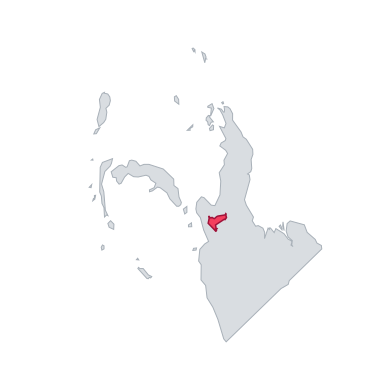 Markham District, Morobe, Papua New Guinea shown in context, rotated 226°
{"feature_id": "67681753B75894454378558", "entity_name": "Markham District", "entity_type": "district", "adm_level": 2, "iso_a3": "PNG", "parent_name": "Papua New Guinea", "parent_adm1": "Morobe", "projection": "natural_earth1", "projection_center": [146.054, -6.474], "detail": "fine", "context": "in_parent", "style": "filled", "palette": "rose", "viewbox_px": 384, "rotation_deg": 226, "n_neighbors": 0, "source": "geoboundaries", "source_scale": "gbopen_adm2", "svg_char_len": 4857}
<svg xmlns="http://www.w3.org/2000/svg" viewBox="0 0 384 384"><g transform="rotate(226 192 192)"><path d="M60.9,245.8L60.7,200.4L58.7,197.0L60.7,189.0L60.5,112.5L64.3,112.8L82.5,122.2L94.7,127.0L105.4,129.3L115.3,136.9L122.5,137.4L133.3,148.1L137.7,148.8L145.3,157.8L145.8,165.0L144.9,169.6L156.6,174.0L167.7,180.2L173.8,180.9L177.1,183.0L181.3,188.3L182.0,195.4L179.6,196.7L169.2,196.7L166.3,199.0L170.5,210.1L179.9,220.3L187.0,225.0L189.1,234.2L192.7,237.1L195.0,244.4L198.7,245.2L205.8,244.0L207.0,247.0L205.9,251.7L206.9,253.5L220.1,257.4L215.7,259.8L217.7,264.1L226.3,267.7L231.6,269.1L234.8,268.7L231.1,270.7L227.7,270.1L227.1,270.8L228.5,272.5L231.2,274.4L228.3,276.9L225.5,277.2L220.1,275.6L215.5,271.1L201.2,269.0L196.2,267.0L192.2,267.7L180.6,265.3L176.8,262.0L174.3,257.1L167.4,251.3L165.8,248.4L166.4,244.5L164.5,245.1L160.6,242.3L150.0,224.4L144.7,221.9L131.3,218.8L129.4,215.3L123.2,214.0L121.8,216.3L116.7,217.9L112.4,216.2L108.1,211.8L113.2,221.7L111.4,221.6L112.2,223.2L111.2,223.4L105.7,222.9L107.4,226.9L98.2,229.2L91.4,228.4L88.2,229.4L86.8,229.3L85.0,226.3L82.6,226.8L84.6,226.9L87.3,230.4L93.0,229.9L98.5,232.6L103.2,238.5L103.0,242.5L90.4,250.0L83.0,246.8L72.3,247.7L68.5,246.4L63.7,247.9L60.9,245.8ZM252.3,145.4L254.9,147.4L257.6,145.3L262.7,147.9L261.7,157.8L260.0,160.5L255.7,161.5L255.2,162.9L258.0,168.7L256.8,170.8L253.1,173.0L246.9,172.7L245.2,176.7L241.8,180.2L228.5,187.3L214.0,187.8L209.2,183.5L204.2,184.3L197.5,179.2L191.9,177.1L190.7,175.1L190.9,172.6L192.4,171.1L202.4,171.3L208.8,173.4L217.1,172.1L219.5,170.6L220.3,164.3L221.7,161.6L223.1,162.9L221.4,167.7L223.4,172.1L229.3,170.8L233.1,171.9L236.0,170.6L240.2,163.7L243.6,160.6L249.7,159.0L249.6,154.0L247.5,147.1L248.3,145.0L252.3,145.4ZM325.3,195.9L324.5,198.2L324.1,197.5L321.0,199.5L317.5,198.9L314.4,196.7L312.0,192.7L312.0,188.2L308.6,186.2L304.2,180.5L303.3,176.7L303.7,170.5L310.1,174.1L316.6,184.9L322.9,189.7L325.3,195.9ZM275.5,148.1L271.2,158.0L268.6,154.0L267.5,151.1L267.3,143.6L260.5,132.4L253.4,128.7L239.1,117.0L233.4,115.1L234.8,114.6L234.8,111.7L241.9,117.8L246.3,119.3L252.1,124.0L256.1,125.6L273.5,143.1L275.5,148.1ZM161.1,99.5L174.6,99.9L174.9,101.2L173.1,101.3L170.8,103.7L162.7,103.0L159.1,104.3L158.9,102.6L160.2,102.1L160.0,100.3L161.1,99.5ZM229.2,250.4L231.7,252.1L233.8,251.9L235.4,253.8L235.7,257.0L234.8,257.7L234.2,256.7L227.6,256.1L228.9,254.3L227.6,250.7L229.2,250.4ZM227.9,113.5L223.1,113.5L219.5,109.7L224.2,107.9L227.8,109.6L227.9,113.5ZM238.9,264.2L242.0,262.2L242.7,262.9L241.6,267.8L236.8,265.7L233.6,257.9L238.9,264.2ZM264.3,243.5L269.5,242.7L272.0,244.8L272.7,245.5L272.2,247.6L267.9,246.7L264.3,243.5ZM276.1,291.0L285.9,296.3L282.3,297.2L279.2,295.8L278.8,294.5L277.6,294.9L278.2,294.0L276.1,291.0ZM185.2,178.3L180.9,174.2L181.2,171.5L185.7,173.9L185.2,178.3ZM226.0,253.4L224.7,253.6L221.9,250.7L223.6,247.6L225.6,248.7L226.0,253.4ZM302.2,170.3L300.4,163.7L302.0,161.7L303.7,165.9L302.2,170.3ZM170.2,170.2L167.2,167.7L169.4,165.3L170.8,166.6L170.2,170.2ZM216.1,90.8L214.4,91.3L212.2,89.2L212.8,86.8L215.3,88.3L216.1,90.8ZM150.4,154.0L148.6,156.4L147.4,154.6L149.4,152.0L150.4,154.0ZM239.7,231.4L239.8,239.3L238.4,237.8L239.1,234.5L237.7,233.6L239.7,231.4ZM104.4,233.5L107.3,236.7L100.2,231.5L104.4,233.5ZM106.9,232.7L103.0,231.4L102.2,230.4L106.8,230.8L106.9,232.7ZM295.1,291.7L294.8,292.8L292.3,293.0L290.6,291.4L292.2,291.8L291.9,290.7L295.1,291.7ZM266.8,121.3L267.0,125.0L265.2,122.4L266.8,121.3ZM257.3,119.4L256.6,120.4L254.8,117.8L255.1,117.3L257.3,119.4ZM235.7,275.4L235.4,277.0L233.7,276.2L233.9,275.2L235.7,275.4ZM255.8,116.6L254.4,117.0L254.6,114.5L255.8,116.6ZM181.9,105.0L182.1,106.9L180.1,106.5L181.9,105.0ZM284.9,141.8L284.7,143.5L283.7,142.9L284.9,141.8Z" fill="#d9dde1" stroke="#a8b0b8" stroke-width="1"/><path d="M159.6,188.8L159.6,188.7L159.8,188.6L159.8,188.4L159.9,188.2L160.0,188.2L160.1,187.9L160.4,187.4L161.5,187.2L163.2,187.4L161.1,186.0L158.3,181.9L156.2,181.9L155.2,181.9L150.5,181.9L146.8,181.8L147.0,181.9L147.0,182.0L147.3,182.2L147.4,182.3L147.4,182.5L147.5,182.7L147.4,182.7L147.4,182.8L147.5,182.8L147.5,183.0L147.8,183.3L148.0,183.3L148.1,183.5L148.3,183.5L148.2,183.6L148.3,183.7L148.3,183.8L148.4,183.7L148.5,183.7L148.8,183.7L148.7,183.7L148.7,183.8L148.8,183.8L148.8,184.0L148.9,183.9L148.9,184.0L149.0,184.0L151.9,186.0L151.5,188.4L150.7,192.5L150.0,196.2L149.9,196.2L149.9,196.3L149.8,196.5L149.7,196.6L149.4,196.8L149.4,196.7L149.2,196.7L149.2,196.8L149.2,197.0L149.3,197.2L149.3,197.3L149.4,197.5L149.5,197.7L149.5,197.8L149.5,198.0L149.6,198.3L149.5,198.5L149.6,198.8L149.7,199.0L149.8,199.0L149.9,199.3L150.6,199.5L150.8,199.7L151.1,199.8L151.6,200.2L152.1,200.8L152.7,201.3L152.8,201.3L153.0,201.3L152.5,199.9L156.7,193.9L157.1,192.8L157.2,191.4L157.2,189.9L157.4,189.5L158.4,189.1L158.6,189.1L159.1,188.9L159.6,188.8Z" fill="#f43f5e" stroke="#9f1239" stroke-width="1.5"/></g></svg>